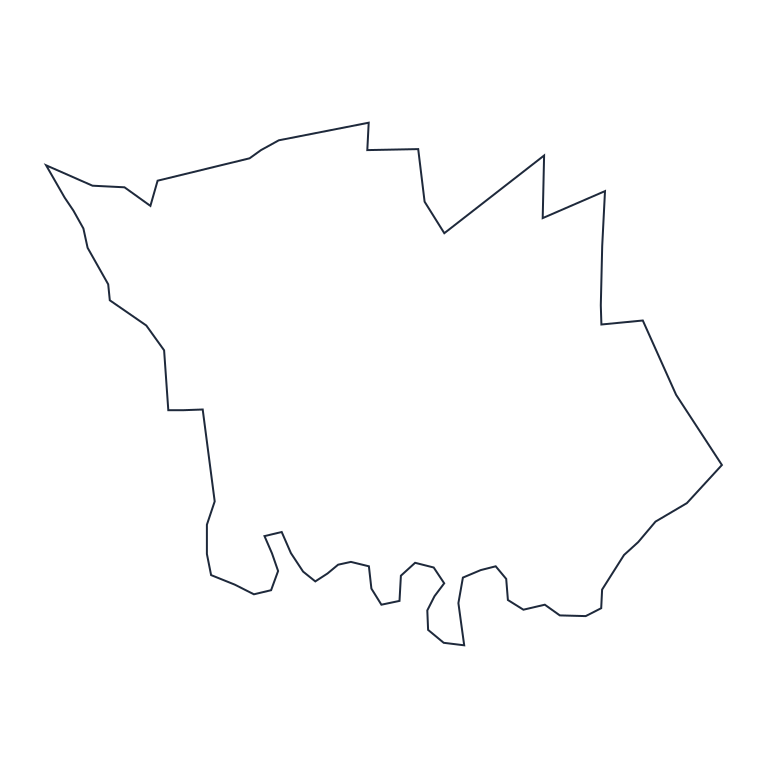 Nova Boa Vista, Rio Grande do Sul, Brazil (orthographic projection)
{"feature_id": "56859067B80899080982084", "entity_name": "Nova Boa Vista", "entity_type": "district", "adm_level": 2, "iso_a3": "BRA", "parent_name": "Brazil", "parent_adm1": "Rio Grande do Sul", "projection": "orthographic", "projection_center": [-52.985, -27.999], "detail": "fine", "context": "isolated", "style": "outline", "palette": "slate", "viewbox_px": 768, "rotation_deg": 0, "n_neighbors": 0, "source": "geoboundaries", "source_scale": "gbopen_adm2", "svg_char_len": 1093}
<svg xmlns="http://www.w3.org/2000/svg" viewBox="0 0 768 768"><path d="M559.8,615.4L585.7,616.1L601.2,608.2L602.1,589.6L624.0,555.0L638.2,542.1L655.5,521.6L686.9,503.1L721.9,465.0L676.1,394.8L642.8,320.5L601.4,324.5L600.8,305.3L602.2,246.1L605.0,191.1L542.7,218.1L544.1,155.5L444.3,233.2L424.6,201.7L418.2,149.1L367.3,150.1L368.7,122.7L278.8,140.3L261.0,150.1L249.6,158.3L157.6,180.7L150.4,205.9L124.5,187.3L92.5,185.7L46.1,165.3L64.7,197.7L73.4,210.6L83.4,228.5L87.6,247.8L108.2,284.3L109.8,300.3L146.3,325.5L164.1,350.3L168.3,410.2L183.3,410.2L202.7,409.5L214.7,501.4L206.9,524.7L206.9,554.0L211.1,575.1L234.7,584.6L253.9,594.3L271.1,590.2L278.1,571.0L272.0,553.4L264.5,536.1L281.7,532.0L290.9,553.1L303.1,571.6L315.3,581.4L327.5,573.5L338.1,564.7L350.9,561.9L368.9,566.3L371.4,588.6L381.4,604.7L399.5,600.9L400.9,575.7L415.1,562.8L433.7,567.5L444.2,583.3L434.5,596.2L427.3,610.4L428.1,629.9L443.7,642.8L464.2,645.3L461.5,625.8L458.4,603.1L462.9,577.6L480.7,570.1L495.7,566.3L506.2,578.9L507.9,600.0L523.4,609.7L544.8,604.7L559.8,615.4Z" fill="none" stroke="#1e293b" stroke-width="2"/></svg>